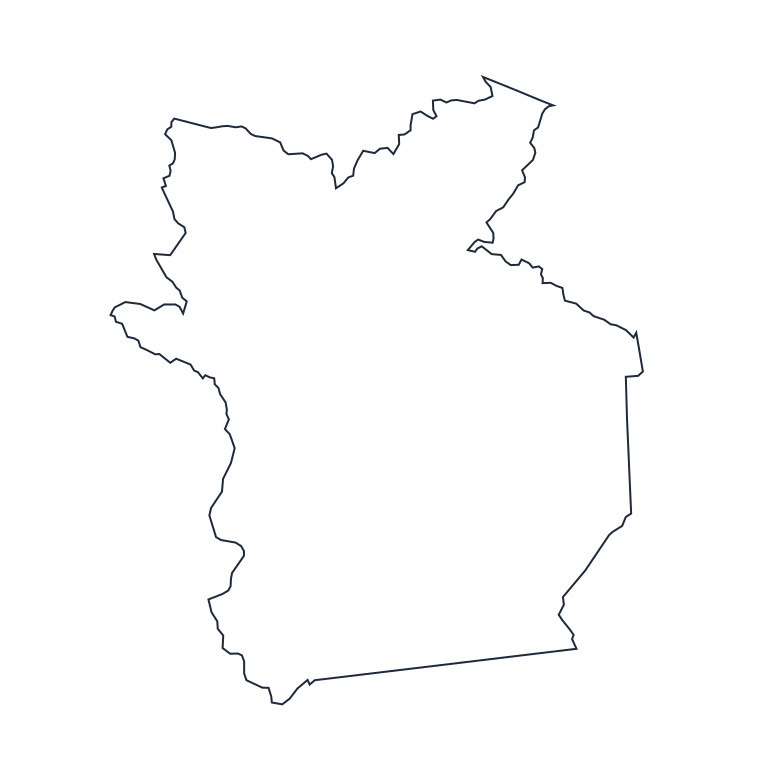 outline of Santo Antônio da Patrulha, Rio Grande do Sul, Brazil, rotated 350°
{"feature_id": "56859067B91421795940540", "entity_name": "Santo Antônio da Patrulha", "entity_type": "district", "adm_level": 2, "iso_a3": "BRA", "parent_name": "Brazil", "parent_adm1": "Rio Grande do Sul", "projection": "orthographic", "projection_center": [-50.578, -29.863], "detail": "fine", "context": "isolated", "style": "outline", "palette": "slate", "viewbox_px": 768, "rotation_deg": 350, "n_neighbors": 0, "source": "geoboundaries", "source_scale": "gbopen_adm2", "svg_char_len": 3149}
<svg xmlns="http://www.w3.org/2000/svg" viewBox="0 0 768 768"><g transform="rotate(350 384 384)"><path d="M527.6,678.2L524.9,667.9L527.2,664.0L524.3,657.9L518.5,647.3L516.0,641.6L522.8,632.6L523.2,624.9L549.8,602.6L579.5,571.8L583.5,569.3L593.9,565.1L599.0,557.0L604.9,554.5L617.3,460.3L623.4,418.9L635.7,420.1L641.1,416.7L641.3,391.9L641.3,377.3L637.9,381.6L631.7,373.0L623.0,366.5L617.5,364.5L612.0,358.9L602.1,353.5L598.9,349.3L593.4,346.3L587.2,338.2L576.6,333.3L576.2,326.8L576.4,320.4L570.7,317.2L565.8,313.3L557.7,312.2L558.8,307.4L557.6,303.2L559.8,298.3L556.9,295.1L550.7,295.2L547.8,290.2L541.0,285.3L537.4,290.0L529.5,288.9L525.1,284.5L521.6,277.2L512.6,274.8L504.2,265.4L499.6,266.7L496.6,269.6L489.8,266.7L498.1,259.8L501.8,258.1L507.4,261.5L515.5,263.7L517.2,259.5L517.8,254.2L513.0,242.7L517.3,240.0L524.5,233.1L532.1,230.7L538.7,223.9L544.3,219.0L550.6,211.6L557.5,209.7L558.7,205.0L557.1,197.5L569.6,189.2L573.2,182.5L573.0,177.7L569.8,171.8L573.2,167.2L575.8,160.2L580.3,158.1L586.9,145.1L590.3,141.3L594.7,139.0L599.0,139.0L589.0,132.9L559.9,114.4L534.8,98.8L536.7,104.2L540.6,110.1L540.8,119.2L533.0,121.4L526.1,121.5L521.9,123.3L505.0,116.9L499.5,116.4L494.4,117.6L488.9,113.7L481.4,113.4L480.1,122.7L482.2,129.3L478.4,131.3L473.4,127.6L467.4,122.0L458.9,123.2L455.2,133.5L454.2,138.8L447.4,141.8L441.8,141.3L440.6,150.4L433.2,159.2L428.5,152.1L420.8,151.6L414.9,155.0L404.0,150.7L396.8,159.1L391.9,166.5L389.8,173.5L384.7,174.4L378.9,179.3L370.7,182.9L371.1,171.6L369.2,167.4L371.7,160.6L371.7,154.1L367.3,147.1L362.1,147.4L351.1,149.9L348.7,146.2L343.9,142.7L329.6,141.1L325.6,136.6L323.7,128.0L316.4,122.7L300.1,117.4L296.2,114.6L292.2,108.3L288.4,105.6L282.4,105.4L274.9,102.7L269.6,102.1L263.8,102.1L258.1,101.9L223.5,86.2L220.1,89.2L219.2,93.7L214.8,95.6L211.8,100.0L216.9,107.0L218.4,120.1L216.9,126.5L214.4,130.1L210.5,131.6L210.9,136.9L208.9,141.7L202.5,143.1L203.6,151.1L199.3,151.9L200.6,157.2L202.5,164.1L206.1,177.5L206.3,185.2L209.2,190.0L214.6,195.0L214.9,200.8L195.8,220.0L180.2,216.0L181.3,221.9L188.3,241.1L193.4,246.6L196.1,253.0L199.0,256.4L200.3,264.0L204.1,268.4L198.4,279.7L196.0,272.3L192.2,269.4L181.3,267.5L170.7,271.6L157.7,262.8L153.7,261.6L143.5,258.4L132.2,261.8L129.3,264.9L126.7,268.7L130.4,270.7L130.8,276.1L136.6,279.3L139.5,293.0L146.0,295.7L149.6,298.6L150.6,305.5L155.7,308.9L163.8,315.0L168.0,315.5L177.2,326.0L183.7,323.0L196.9,331.3L199.3,337.7L202.9,340.1L206.5,347.0L209.6,344.3L213.5,347.2L217.8,348.9L217.3,355.0L220.2,359.0L220.9,365.6L224.8,374.7L224.8,381.9L223.6,386.2L225.1,391.8L219.5,400.8L223.3,406.5L224.2,411.4L225.8,421.2L223.8,425.8L219.5,435.3L209.0,449.5L205.8,461.8L192.2,476.0L189.2,483.1L192.0,505.6L196.3,509.3L210.3,514.4L215.2,518.8L217.1,524.4L216.2,528.9L212.0,533.2L201.6,543.6L199.5,549.1L197.8,556.6L194.7,560.4L188.5,562.7L173.7,565.7L174.5,578.8L178.6,588.8L177.8,596.2L182.0,603.8L179.2,616.0L185.6,622.9L193.4,624.1L197.0,626.6L198.1,632.9L196.0,644.9L197.1,651.8L211.4,661.9L217.6,663.2L218.7,672.3L218.2,678.2L228.2,681.8L236.5,677.5L245.8,668.9L257.4,662.2L258.6,667.1L264.4,663.7L527.6,678.2Z" fill="none" stroke="#1e293b" stroke-width="2"/></g></svg>